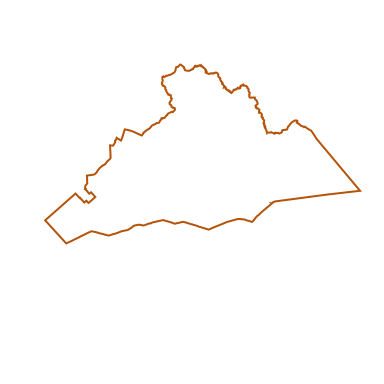 the district of Rubavu, Western, Rwanda, rotated 230°
{"feature_id": "39286606B86206624572237", "entity_name": "Rubavu", "entity_type": "district", "adm_level": 2, "iso_a3": "RWA", "parent_name": "Rwanda", "parent_adm1": "Western", "projection": "robinson", "projection_center": [29.369, -1.641], "detail": "fine", "context": "isolated", "style": "outline", "palette": "amber", "viewbox_px": 384, "rotation_deg": 230, "n_neighbors": 0, "source": "geoboundaries", "source_scale": "gbopen_adm2", "svg_char_len": 6104}
<svg xmlns="http://www.w3.org/2000/svg" viewBox="0 0 384 384"><g transform="rotate(230 192 192)"><path d="M284.1,279.4L284.3,279.1L284.3,278.5L284.8,277.8L284.6,277.5L284.7,276.9L285.0,276.8L285.0,276.5L285.3,276.5L285.6,276.3L285.5,276.1L285.3,276.1L285.5,275.8L286.5,275.8L286.6,275.5L286.7,275.2L286.1,274.4L286.1,272.8L285.5,271.9L285.8,271.3L285.8,270.8L286.1,270.6L286.0,270.1L286.4,269.5L286.4,268.2L287.2,267.1L288.2,266.1L289.8,264.9L290.1,264.9L291.1,265.5L292.1,265.5L292.8,266.1L296.6,265.3L297.2,264.9L297.2,263.9L296.8,261.8L297.2,261.4L297.8,260.4L296.9,258.8L295.6,257.3L295.0,255.6L295.0,254.0L295.3,253.6L295.3,252.7L295.8,250.5L296.3,249.9L296.9,247.9L297.7,247.0L297.5,245.9L298.0,244.7L299.0,244.5L299.1,243.1L298.0,242.3L297.3,241.7L296.2,241.3L295.2,239.8L295.0,239.1L294.6,238.7L293.8,238.3L293.6,238.4L292.8,238.1L291.8,238.6L291.6,238.3L291.4,238.5L290.8,238.6L290.0,238.9L289.0,238.7L288.3,237.8L287.9,237.6L286.6,237.7L285.3,237.0L284.1,236.7L283.0,236.8L282.0,236.4L281.5,237.0L281.2,236.9L280.9,237.3L280.5,237.2L280.1,237.7L279.6,237.9L277.4,236.3L276.5,236.6L275.6,235.1L275.6,234.3L275.1,233.3L275.1,232.7L275.0,232.4L274.7,232.0L273.7,231.4L273.2,231.6L272.9,231.5L272.4,231.8L271.4,231.6L270.9,231.6L270.6,231.1L269.9,231.3L269.2,231.2L268.3,232.1L267.3,232.7L266.4,232.2L266.0,231.7L265.7,230.8L265.8,229.5L265.5,228.8L266.5,227.9L267.5,223.8L267.4,223.2L266.9,222.6L267.0,222.4L267.0,221.5L266.4,218.4L266.8,218.1L267.0,217.5L267.6,217.0L268.1,215.9L267.2,215.5L267.3,213.7L266.6,212.3L266.3,211.0L266.0,210.4L266.1,210.5L266.6,210.2L267.4,209.6L267.9,206.4L268.3,205.8L268.5,204.9L268.6,203.6L268.2,202.3L268.3,201.5L267.9,200.8L268.0,199.5L268.3,199.0L268.2,198.4L268.6,196.7L268.3,195.3L268.7,194.9L268.8,194.2L268.3,193.2L268.4,192.1L267.8,191.4L267.6,189.8L276.4,185.6L279.3,183.8L283.2,180.8L278.4,173.3L277.1,170.6L281.9,169.1L280.8,167.2L280.8,166.0L279.7,165.4L279.2,164.3L278.2,161.4L280.4,159.2L271.6,152.5L270.3,151.4L270.1,150.6L269.9,148.1L270.0,146.7L269.6,145.6L269.5,144.5L269.2,144.1L269.2,143.7L269.3,141.4L269.7,141.0L269.7,136.9L269.3,134.6L268.9,132.9L268.3,131.8L268.3,130.7L268.1,129.7L268.4,128.0L272.1,122.1L265.9,117.3L265.6,116.1L265.5,114.8L264.8,113.6L263.1,112.0L262.7,112.5L262.4,112.0L259.9,112.3L259.8,112.1L256.7,112.2L256.6,114.5L250.3,114.7L250.1,105.8L251.2,105.5L253.2,105.5L253.2,102.7L259.5,102.5L259.5,102.1L265.7,101.8L264.7,61.3L233.5,62.6L232.4,66.4L227.4,86.9L227.1,87.5L226.7,89.3L226.4,89.9L222.9,92.7L219.7,94.7L217.0,96.8L215.0,98.0L214.8,98.4L213.7,99.0L212.0,100.4L210.8,103.6L209.0,107.4L207.1,113.1L204.2,118.3L203.5,123.1L203.6,125.4L202.9,127.2L201.1,130.3L199.9,131.3L199.6,131.8L197.8,132.9L197.0,134.5L195.3,139.3L194.5,140.1L194.3,141.4L193.9,142.5L189.0,151.9L181.6,156.8L179.2,158.1L178.3,159.1L178.0,160.2L177.5,160.8L176.0,163.8L175.6,164.9L174.5,166.4L168.0,170.6L166.8,171.6L166.1,171.8L164.0,173.4L160.6,175.2L159.6,176.1L157.7,177.1L155.9,178.4L152.6,180.5L152.1,181.5L151.7,183.5L150.6,186.8L150.1,188.6L148.5,193.2L146.6,199.4L142.1,209.3L140.8,211.0L140.2,211.4L140.0,211.9L139.1,212.6L137.1,214.7L136.6,215.0L136.1,215.1L134.9,215.8L133.6,216.8L130.8,218.5L130.4,218.9L130.6,220.7L131.5,224.9L131.7,226.7L131.5,227.8L131.9,232.3L131.9,245.5L132.4,245.5L132.2,245.7L132.0,247.7L131.7,247.8L131.6,249.2L103.1,294.0L84.9,321.5L152.5,321.6L160.6,322.6L162.3,322.7L166.4,321.2L169.1,320.6L169.5,319.9L169.7,320.2L171.4,318.7L172.6,318.2L172.8,318.0L173.8,318.0L174.2,317.7L175.0,317.8L176.3,317.3L176.7,317.4L177.8,316.8L178.5,318.3L179.1,318.4L179.6,318.1L180.4,317.0L180.7,316.8L180.9,316.2L180.8,315.3L181.0,314.8L181.0,314.2L181.3,312.9L181.1,312.4L180.7,309.9L180.3,308.7L180.3,307.5L178.8,305.1L179.3,304.4L179.3,304.0L179.8,303.3L179.8,303.0L180.4,302.5L180.6,301.9L180.9,301.7L181.3,300.9L180.2,299.5L180.1,298.2L180.7,296.4L182.0,296.0L182.6,294.8L183.8,294.1L184.0,293.4L183.6,293.2L183.7,292.5L185.5,291.9L186.2,291.3L186.9,291.2L187.2,290.2L188.5,288.6L189.4,288.0L189.2,287.5L191.3,288.5L193.2,289.0L193.7,289.4L194.3,289.1L194.8,289.2L195.2,289.5L195.2,290.2L195.6,290.5L196.5,290.2L197.1,290.3L197.4,290.4L197.7,291.2L198.9,291.1L199.0,291.8L200.4,293.3L201.2,293.4L202.4,293.2L202.9,293.3L203.2,293.6L203.5,294.1L204.3,293.6L205.0,293.7L205.4,294.0L205.8,295.0L206.8,295.5L208.6,295.4L209.5,294.3L210.4,294.8L210.7,295.5L211.6,296.5L212.3,296.4L212.7,296.1L213.5,296.2L214.3,295.4L215.0,295.2L215.9,295.4L215.9,295.9L216.4,295.9L216.4,295.7L217.1,296.0L217.3,296.1L217.3,298.9L219.0,299.9L220.8,300.3L222.5,299.9L223.7,300.4L223.9,300.8L225.0,299.7L225.6,298.8L226.5,297.8L226.8,297.2L227.9,297.0L228.4,297.3L229.0,298.2L229.8,298.3L230.8,300.0L231.3,299.9L233.2,300.3L234.3,301.3L235.0,301.6L236.2,301.3L236.7,301.8L237.5,301.8L238.5,301.6L239.8,300.5L241.2,300.3L240.9,299.7L241.5,299.4L241.5,298.4L242.0,298.1L241.9,297.2L241.4,297.1L241.4,296.1L240.6,295.6L241.0,294.5L241.5,294.3L241.7,294.0L242.3,294.0L242.2,293.7L242.4,293.3L242.0,292.1L242.8,291.2L242.6,290.8L242.7,290.3L243.4,289.9L243.4,289.4L242.9,288.6L242.9,287.4L242.6,287.2L242.5,285.8L242.7,285.7L243.1,285.9L243.8,285.5L244.5,285.4L244.7,285.7L245.5,285.0L245.7,285.3L246.1,285.5L246.5,285.1L247.2,285.1L247.5,284.5L248.4,284.5L248.9,284.1L249.4,284.4L249.8,284.3L250.1,284.9L251.0,285.1L251.6,284.9L251.7,284.0L251.9,284.3L251.9,284.5L252.4,284.5L252.9,284.9L253.4,284.7L254.6,284.8L255.3,284.5L255.6,285.4L256.3,285.1L257.1,285.6L257.7,285.4L258.6,285.7L258.8,285.5L260.4,286.1L260.7,286.5L261.1,286.4L261.7,286.7L262.7,286.3L263.9,286.6L264.4,286.9L264.8,287.5L266.7,287.9L267.5,287.6L268.5,286.6L268.5,285.6L268.9,285.5L269.2,284.8L269.4,284.5L269.3,284.0L269.8,283.8L270.8,282.8L271.2,281.9L271.1,281.6L271.6,280.8L272.6,280.3L272.9,280.0L273.7,279.9L274.0,279.5L274.4,279.3L274.5,279.7L274.9,279.8L274.9,280.2L275.2,280.1L275.3,280.4L275.7,280.2L276.2,280.9L276.7,280.7L277.0,281.1L277.6,280.9L278.4,281.1L279.7,280.7L280.1,280.9L280.8,280.3L281.2,280.3L281.4,280.3L281.4,280.5L281.6,280.7L282.5,280.3L283.1,280.4L282.9,279.7L283.6,279.2L284.1,279.4Z" fill="none" stroke="#b45309" stroke-width="2"/></g></svg>